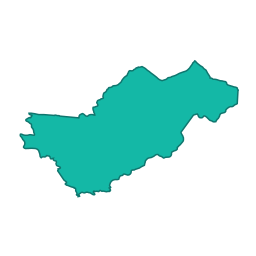 outline of Nicoadala, Zambezia, Mozambique, rotated 95°
{"feature_id": "85939544B24973508625893", "entity_name": "Nicoadala", "entity_type": "district", "adm_level": 2, "iso_a3": "MOZ", "parent_name": "Mozambique", "parent_adm1": "Zambezia", "projection": "natural_earth1", "projection_center": [36.681, -17.573], "detail": "fine", "context": "isolated", "style": "filled", "palette": "teal", "viewbox_px": 256, "rotation_deg": 95, "n_neighbors": 0, "source": "geoboundaries", "source_scale": "gbopen_adm2", "svg_char_len": 5862}
<svg xmlns="http://www.w3.org/2000/svg" viewBox="0 0 256 256"><g transform="rotate(95 128 128)"><path d="M190.4,183.2L190.9,181.6L191.6,179.3L192.0,176.6L192.4,176.6L192.6,176.3L192.7,175.1L193.4,174.8L194.6,174.7L195.4,174.5L196.3,173.8L197.8,173.1L198.3,173.1L199.0,173.5L199.3,173.2L199.2,173.0L199.7,172.0L199.9,171.8L200.7,171.8L200.5,170.8L200.2,170.3L199.2,170.8L199.3,171.3L199.1,171.7L198.7,171.5L197.8,170.7L196.2,168.7L196.1,167.7L196.4,166.7L196.4,165.6L196.3,165.2L195.9,164.6L195.6,163.8L195.5,162.7L195.8,161.5L195.9,160.0L197.1,157.7L197.4,157.0L197.5,156.1L197.3,155.5L196.9,155.3L196.1,155.8L194.9,157.0L194.4,156.9L193.8,156.4L194.2,155.3L193.7,153.7L193.7,153.1L193.9,152.4L193.9,151.8L193.7,151.4L192.8,150.8L192.6,150.3L192.7,149.9L193.2,149.0L193.2,147.9L193.0,147.0L193.4,144.1L193.3,143.5L193.0,142.8L192.8,140.9L192.6,140.6L192.0,140.9L191.8,140.8L191.7,140.2L191.4,140.0L190.4,140.5L189.6,141.3L189.5,140.7L188.7,140.8L188.6,140.2L188.1,140.4L187.8,140.9L186.6,141.4L184.2,140.8L182.6,140.0L182.1,139.5L181.1,138.2L180.6,136.8L180.4,135.7L180.4,134.7L180.2,133.7L179.9,132.9L179.6,132.6L178.8,132.6L177.7,132.2L176.8,131.8L176.3,131.4L175.8,129.7L175.5,129.1L174.5,128.6L174.4,128.4L174.2,127.5L174.4,126.6L174.9,124.3L174.8,123.6L174.6,122.9L173.7,121.8L173.1,121.4L172.4,121.1L170.3,121.0L169.9,120.7L169.6,120.1L169.3,119.2L169.4,118.6L169.2,118.0L168.6,117.2L166.9,113.2L165.3,111.1L163.7,108.4L161.9,108.2L160.1,107.8L159.8,107.9L159.4,107.8L158.9,107.6L157.2,106.3L156.3,105.3L156.0,104.6L155.3,102.1L153.9,99.8L152.4,98.2L152.1,97.7L151.9,96.7L151.8,95.9L152.0,95.6L153.0,94.3L153.1,93.9L153.5,92.1L154.5,90.5L154.8,89.9L154.7,89.5L153.9,88.1L153.4,84.9L153.1,83.9L152.1,82.9L151.4,82.6L150.8,82.4L149.3,82.5L148.3,82.3L148.0,82.0L146.9,80.3L146.1,78.4L145.3,77.5L144.7,77.1L143.1,77.2L142.8,77.1L142.1,76.2L141.3,75.8L140.2,74.6L136.9,72.3L136.2,71.9L135.2,71.7L133.0,71.9L130.7,73.0L130.3,73.4L128.6,74.5L127.9,74.8L127.5,74.8L109.4,63.9L108.3,61.2L108.0,60.2L109.3,59.2L110.3,58.8L110.8,58.4L111.4,57.5L111.5,56.4L111.4,55.5L111.2,54.9L110.7,54.4L109.6,53.6L109.4,53.3L109.3,52.9L109.7,51.6L110.4,50.5L113.0,47.4L113.3,46.8L113.6,45.3L114.3,43.9L114.4,43.3L114.3,42.1L114.0,41.0L113.4,40.9L112.3,40.3L111.6,39.9L110.7,39.0L109.8,38.5L108.0,37.8L107.0,37.7L105.8,37.1L105.1,35.9L104.3,33.5L103.8,32.7L102.8,32.1L101.4,32.1L100.5,31.4L99.6,30.6L98.1,28.7L97.8,27.9L97.7,26.3L97.3,25.4L96.7,24.7L96.4,24.5L95.5,23.5L95.1,22.6L94.2,21.3L81.1,21.7L80.9,21.5L80.4,21.7L79.4,22.5L78.5,22.8L78.0,24.1L77.8,26.2L77.4,27.7L76.8,30.8L76.4,32.3L75.7,33.3L74.5,33.8L74.1,33.9L73.6,34.5L73.3,35.0L73.2,36.6L72.9,38.2L72.9,40.3L72.0,44.1L71.9,45.7L72.0,47.4L71.8,47.9L71.3,48.6L71.1,49.1L71.1,50.6L70.1,50.7L67.5,52.6L67.4,52.7L66.6,53.4L63.6,55.3L62.2,57.7L60.9,58.9L60.1,60.3L60.0,60.8L58.2,63.6L56.8,65.5L55.7,66.5L55.3,67.3L57.2,68.6L57.5,69.1L59.0,69.6L61.4,71.1L62.8,71.8L64.9,73.6L65.8,74.6L66.4,75.6L67.5,78.2L69.1,81.6L70.6,83.9L70.7,84.0L71.8,86.0L72.9,88.7L73.8,90.0L74.3,92.1L74.6,92.7L76.1,94.0L77.8,98.0L77.8,98.5L77.5,99.8L76.9,101.3L75.9,102.8L75.2,103.6L73.4,106.3L70.7,110.7L70.1,111.4L68.9,113.6L67.2,115.9L66.6,117.1L65.6,119.4L66.5,121.7L66.4,123.1L66.5,123.3L67.1,123.5L67.2,124.0L67.3,124.8L67.5,125.2L68.2,125.4L69.3,127.2L70.2,127.8L70.4,128.2L70.8,129.5L70.7,131.0L71.1,131.8L72.2,132.4L72.8,132.5L74.4,133.2L75.8,133.6L76.1,133.9L76.4,134.5L77.2,135.4L78.0,136.2L80.3,137.8L83.0,139.0L84.9,140.9L85.6,141.4L86.7,143.4L87.1,145.6L87.4,146.6L87.8,147.1L88.3,147.4L88.8,148.2L89.1,149.0L89.4,150.5L89.7,150.8L90.0,151.0L90.6,151.1L90.9,151.4L91.2,152.0L91.8,152.4L92.5,152.5L93.8,153.2L94.4,153.8L94.9,154.8L96.1,155.4L98.5,155.7L99.2,155.6L99.8,155.2L100.3,155.2L100.9,156.0L101.4,157.5L102.1,158.1L102.9,160.0L103.5,160.7L105.2,161.3L105.6,161.3L107.2,160.2L108.1,160.0L108.5,160.1L109.0,160.6L109.3,161.6L110.1,163.1L110.4,164.5L110.7,164.6L111.7,164.6L113.0,164.3L114.4,163.6L115.6,163.3L116.9,162.5L118.0,162.2L118.1,162.9L118.0,163.1L117.7,164.8L117.8,166.1L118.3,167.6L119.0,168.6L119.8,169.3L119.9,169.9L119.7,170.9L119.4,171.6L118.6,172.5L117.7,174.1L117.6,174.5L117.8,175.1L118.6,176.4L119.3,177.3L120.3,177.7L122.2,177.9L122.1,196.6L122.1,197.0L121.9,197.2L121.7,197.8L121.8,199.4L121.5,201.1L121.6,201.9L121.7,202.3L121.9,202.4L122.0,213.0L122.1,213.9L122.4,217.9L122.4,218.5L121.9,222.4L121.7,225.9L121.9,227.9L122.6,227.8L122.9,227.4L123.4,226.4L123.6,224.9L123.9,224.8L124.3,224.8L125.0,225.4L126.1,225.7L126.4,226.4L126.2,226.6L126.2,227.0L126.6,227.9L127.0,228.4L128.4,230.3L129.0,230.5L129.5,230.2L129.9,229.9L130.5,228.1L131.1,227.1L131.9,226.1L132.5,224.8L133.4,224.4L135.4,224.2L137.5,222.4L138.9,221.8L140.5,221.5L142.3,220.6L143.0,220.6L143.4,220.9L143.4,221.5L143.2,224.1L143.2,225.1L144.0,227.5L144.2,229.8L144.1,231.4L143.5,233.2L143.4,234.0L143.5,234.6L143.8,234.7L144.8,234.7L145.5,234.4L146.6,233.1L148.5,231.9L150.4,230.0L151.3,229.6L152.5,229.4L154.0,229.6L155.4,230.3L155.9,230.4L156.5,230.3L157.2,229.2L157.4,228.1L157.1,226.3L157.0,225.2L156.8,224.1L156.6,222.4L156.5,218.9L156.6,217.8L156.8,217.2L157.3,216.1L158.4,215.0L161.6,213.6L164.1,213.0L164.5,212.7L165.2,211.9L164.4,211.0L164.1,210.3L164.1,208.5L164.0,208.1L163.7,207.5L163.4,207.2L162.6,206.7L162.5,206.3L162.8,205.3L162.8,204.1L163.1,203.7L163.4,203.3L164.9,202.7L165.5,202.1L165.4,201.4L164.9,200.6L164.7,199.7L165.2,199.9L165.5,199.9L166.3,199.5L166.6,199.1L166.9,198.6L167.1,197.3L167.1,197.1L167.3,196.7L167.6,196.5L168.6,196.3L169.7,196.6L170.4,196.4L171.4,195.9L171.7,195.5L172.9,192.2L173.1,192.0L173.7,191.9L174.1,192.2L174.4,192.8L174.9,194.1L175.3,193.8L175.5,193.7L176.3,194.3L176.8,194.3L176.9,194.2L185.5,187.2L186.1,186.2L186.6,185.5L186.8,185.0L187.1,184.6L187.5,184.5L188.2,184.5L188.6,185.4L189.3,185.6L190.0,184.7L190.3,184.2L190.4,183.2Z" fill="#14b8a6" stroke="#0f766e" stroke-width="1.5"/></g></svg>